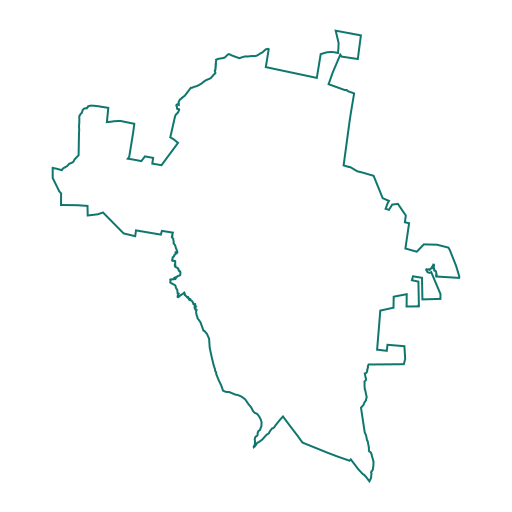 Villa Victoria, México, Mexico
{"feature_id": "50627088B15361749852756", "entity_name": "Villa Victoria", "entity_type": "district", "adm_level": 2, "iso_a3": "MEX", "parent_name": "Mexico", "parent_adm1": "México", "projection": "natural_earth1", "projection_center": [-99.997, 19.432], "detail": "fine", "context": "isolated", "style": "outline", "palette": "teal", "viewbox_px": 512, "rotation_deg": 0, "n_neighbors": 0, "source": "geoboundaries", "source_scale": "gbopen_adm2", "svg_char_len": 6010}
<svg xmlns="http://www.w3.org/2000/svg" viewBox="0 0 512 512"><path d="M354.1,93.4L347.7,91.1L346.7,90.0L344.9,90.1L328.6,84.2L332.6,72.8L340.3,54.7L341.6,56.6L357.8,59.0L360.9,35.4L335.7,30.7L338.6,43.0L338.4,48.3L338.0,53.0L333.4,52.1L330.7,52.0L326.9,52.3L320.7,54.1L316.8,77.9L265.8,67.1L268.7,49.2L267.8,48.8L265.7,49.4L262.3,52.5L260.5,53.3L258.8,54.5L256.9,55.6L255.5,56.0L253.0,56.1L252.0,56.0L246.9,56.6L246.1,56.3L243.8,56.7L239.3,58.2L231.6,55.4L230.5,54.7L228.8,54.1L227.6,54.8L224.7,57.6L221.3,58.4L218.9,58.7L216.9,59.3L216.1,59.7L216.3,60.3L215.9,62.0L215.9,63.7L215.7,63.9L215.9,64.8L215.6,65.0L215.6,65.5L215.8,66.6L215.4,67.2L215.7,68.2L215.4,68.8L215.5,69.1L215.2,69.7L215.3,70.0L214.8,70.5L215.4,73.1L213.8,74.6L210.7,78.2L206.0,80.2L204.0,81.5L201.3,83.7L197.7,85.7L196.2,86.3L194.2,86.8L191.7,87.9L190.8,87.8L184.8,95.7L182.4,97.5L182.3,97.8L181.8,97.9L181.4,98.6L180.5,99.1L179.8,99.8L178.7,101.9L178.5,103.2L178.8,103.6L178.8,104.9L177.5,104.4L176.7,104.6L176.3,105.4L176.9,106.8L176.9,107.5L177.2,108.9L179.0,109.2L179.2,109.8L177.9,112.7L177.2,113.2L176.6,114.1L175.7,114.7L174.8,117.4L170.3,137.3L173.8,139.4L178.0,142.9L161.5,165.2L152.3,163.6L153.1,157.9L145.0,156.4L141.3,161.1L133.5,159.6L127.8,158.7L129.2,156.9L133.2,132.4L134.3,123.8L120.2,120.9L113.2,121.3L112.2,121.6L106.9,122.1L108.3,107.9L102.5,106.9L100.7,106.8L100.3,106.5L94.5,105.8L90.8,105.6L88.2,106.2L88.0,106.8L86.9,108.2L86.5,107.9L85.5,108.4L84.1,108.6L83.7,108.9L82.6,110.2L81.9,112.7L80.5,114.1L80.1,115.0L79.5,115.6L79.3,116.6L79.3,122.7L79.0,126.3L79.2,130.1L79.0,132.9L78.6,155.2L74.5,159.5L73.5,161.5L72.9,162.2L70.2,163.5L69.4,163.6L67.0,166.2L63.4,168.2L62.1,169.5L61.8,170.2L57.3,168.9L52.7,167.9L52.7,178.0L59.3,191.4L61.1,193.4L61.0,205.0L77.1,205.2L87.5,205.9L87.7,215.5L97.7,214.3L103.0,212.5L123.6,233.4L135.2,236.2L136.0,230.4L160.8,234.6L161.9,230.9L172.8,232.6L172.4,233.5L172.6,234.0L172.1,235.3L172.4,235.6L172.3,236.4L171.9,236.7L171.8,237.1L173.2,238.7L173.4,240.6L173.8,241.7L173.5,242.9L173.6,243.5L174.7,244.6L175.3,245.8L176.1,248.8L176.4,249.0L177.4,252.3L177.0,252.9L176.2,252.1L175.7,252.2L175.4,252.8L175.7,253.1L175.7,253.8L175.4,254.3L174.3,255.1L174.1,255.4L174.2,255.9L173.9,256.5L172.6,257.4L172.6,258.5L172.2,259.6L172.1,260.4L172.4,260.8L173.3,260.6L174.0,261.0L174.9,260.9L175.2,261.2L175.2,263.7L174.9,264.2L174.8,264.6L174.8,264.8L175.3,265.0L175.4,265.8L174.9,266.2L175.0,266.5L175.6,267.0L177.9,268.2L178.0,268.5L178.3,268.7L178.3,269.7L178.9,270.2L179.2,271.2L180.2,271.4L180.3,272.7L180.5,273.0L180.2,275.1L179.5,275.6L177.8,276.0L176.3,277.5L175.3,279.1L174.9,279.1L174.7,278.9L175.5,278.0L175.5,277.3L175.0,277.5L174.3,278.1L173.9,278.2L173.6,278.6L173.4,279.3L170.4,279.4L170.2,279.9L170.6,280.5L170.2,282.3L170.7,282.9L175.0,285.2L175.6,286.1L175.9,287.9L176.7,289.0L176.8,289.4L177.3,290.0L177.6,293.4L178.6,293.6L177.4,296.7L176.9,296.7L178.3,297.2L180.1,295.6L183.3,293.5L184.2,292.6L184.7,293.4L184.9,294.5L184.8,295.1L185.5,295.5L186.8,296.8L187.4,297.0L187.4,297.6L187.7,297.8L188.2,297.5L188.3,298.1L189.1,299.4L189.4,298.7L190.4,299.2L190.6,300.2L191.8,300.9L192.6,301.8L192.7,302.3L193.4,303.2L193.2,303.7L193.3,304.0L194.0,304.4L194.4,304.2L195.1,304.1L195.4,305.7L195.9,306.5L195.4,306.7L194.6,306.6L194.6,307.3L195.1,307.4L195.0,307.8L195.4,307.7L195.4,308.3L195.2,308.8L195.8,309.2L195.6,309.7L195.9,309.8L196.2,310.4L196.5,310.4L196.2,311.1L196.1,312.2L196.6,315.2L197.4,317.1L197.5,318.2L200.4,322.1L203.5,330.7L204.3,330.8L206.9,333.8L209.1,338.7L209.7,347.8L211.8,357.5L213.8,365.8L215.0,369.2L215.3,371.3L216.2,372.3L216.2,374.0L219.0,380.9L221.1,385.1L223.0,390.6L225.6,391.8L229.4,392.1L235.3,394.6L237.2,394.9L239.3,395.6L241.8,396.8L244.2,398.6L245.3,399.5L248.5,404.2L251.0,407.1L253.1,411.2L254.8,412.9L257.0,413.8L257.8,414.6L259.3,416.7L260.8,419.6L261.6,422.3L261.4,426.2L260.6,428.0L260.2,429.7L258.4,431.1L258.0,431.9L257.6,433.2L257.7,434.1L257.6,434.7L257.2,435.7L256.5,436.2L255.9,436.4L255.2,437.3L254.7,439.3L255.0,441.1L254.9,443.9L254.6,444.9L253.7,446.8L253.8,447.2L254.9,446.3L257.3,442.8L258.8,442.1L262.2,439.6L266.6,434.7L267.8,434.1L269.1,433.0L269.3,432.3L270.3,430.7L272.0,428.5L273.4,428.0L274.4,427.1L275.2,425.7L280.3,419.4L283.0,416.5L290.2,426.2L297.6,435.8L301.8,441.7L302.4,442.2L302.5,442.6L327.7,452.8L337.7,456.6L349.5,460.7L350.8,459.4L358.1,469.0L362.7,474.0L364.0,474.7L365.8,476.6L369.4,481.3L371.0,478.1L371.5,473.4L371.1,472.8L371.2,472.1L371.4,471.5L371.7,471.4L372.8,469.7L373.4,465.6L373.5,461.2L373.3,461.0L371.3,453.5L370.5,452.2L369.3,451.4L368.9,450.8L368.9,447.6L367.7,441.3L367.0,440.2L366.1,435.5L364.7,432.3L361.0,407.7L363.5,404.9L364.6,402.1L366.0,400.4L366.0,399.6L366.7,397.2L365.1,389.7L364.8,389.4L364.5,385.7L364.6,383.4L364.4,381.9L364.6,381.4L365.7,380.4L365.9,379.9L366.0,378.4L365.7,378.0L364.8,373.5L366.4,372.8L367.2,371.3L367.1,370.1L367.5,369.4L367.5,368.6L368.1,367.3L367.8,366.4L368.6,364.5L403.8,364.2L405.2,359.0L404.4,346.2L387.5,344.8L386.8,350.8L377.1,349.7L380.3,310.6L393.5,307.7L393.7,296.7L406.7,294.2L406.6,306.5L418.4,306.4L418.4,305.9L418.9,306.0L418.4,281.6L411.9,280.2L413.0,276.3L422.0,277.8L422.4,299.4L440.4,298.9L440.5,294.0L440.3,293.6L431.2,272.1L429.6,272.9L427.5,272.2L426.2,269.9L426.5,269.2L427.7,269.7L428.5,269.3L429.5,269.9L430.1,269.6L430.1,269.2L430.4,268.8L430.9,268.7L433.2,265.2L433.6,265.0L433.5,264.7L433.9,264.7L434.0,265.3L433.8,265.4L433.8,266.6L433.5,267.8L433.8,267.7L434.2,268.9L434.0,269.6L434.1,270.1L434.5,270.7L435.1,270.6L435.9,271.4L436.1,271.9L436.1,272.7L436.6,274.1L436.3,274.5L436.6,275.2L436.1,275.5L436.2,276.5L459.1,277.9L459.3,276.5L456.1,265.9L449.8,250.0L448.4,247.6L436.9,244.7L423.8,244.4L416.8,251.7L405.4,248.5L409.1,223.2L404.9,222.3L405.8,215.5L397.9,203.9L392.2,204.6L388.9,209.9L385.6,208.8L387.7,203.0L389.0,200.9L382.7,198.2L373.6,175.8L361.9,172.4L357.3,171.3L350.6,167.3L348.9,166.8L348.8,167.0L343.6,165.4L349.6,121.2L350.9,112.6L353.9,94.8L354.1,93.4Z" fill="none" stroke="#0f766e" stroke-width="2"/></svg>